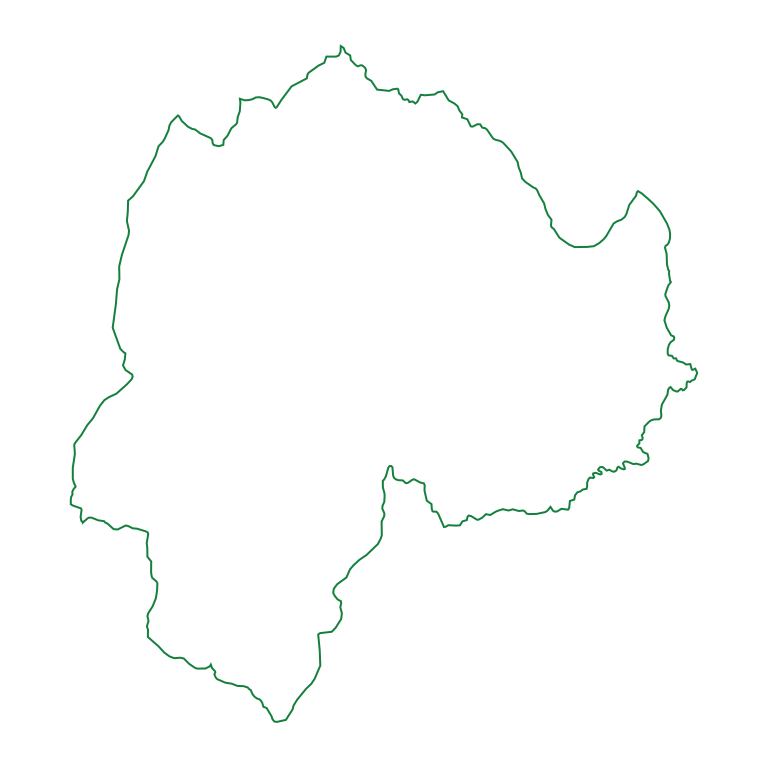 the district of Nocaima, Cundinamarca, Colombia
{"feature_id": "7082276B65094191435566", "entity_name": "Nocaima", "entity_type": "district", "adm_level": 2, "iso_a3": "COL", "parent_name": "Colombia", "parent_adm1": "Cundinamarca", "projection": "robinson", "projection_center": [-74.369, 5.063], "detail": "fine", "context": "isolated", "style": "outline", "palette": "green", "viewbox_px": 768, "rotation_deg": 0, "n_neighbors": 0, "source": "geoboundaries", "source_scale": "gbopen_adm2", "svg_char_len": 6052}
<svg xmlns="http://www.w3.org/2000/svg" viewBox="0 0 768 768"><path d="M648.0,461.0L648.6,458.3L647.5,453.9L643.2,452.1L640.6,447.9L637.8,447.4L637.1,446.3L637.4,445.3L639.3,443.6L639.4,440.3L641.7,440.0L642.5,439.0L642.6,437.4L641.8,435.3L644.2,432.1L644.5,426.4L649.2,421.6L651.6,420.1L654.2,419.4L659.0,419.3L660.7,418.0L661.4,416.0L660.9,410.5L661.9,404.5L667.4,394.8L668.1,389.7L669.4,387.7L670.6,387.1L673.1,390.1L676.8,391.6L677.8,391.4L680.9,388.8L681.8,389.1L682.7,390.3L684.0,390.1L686.5,387.4L686.7,383.1L687.2,381.8L688.0,381.4L690.1,382.0L691.7,380.6L694.7,379.3L697.2,372.9L695.3,368.7L692.6,369.9L691.8,369.6L690.3,364.1L686.1,364.5L683.1,362.5L677.8,361.1L676.8,360.3L676.2,358.4L673.7,358.4L671.9,355.8L668.6,355.4L667.7,353.7L667.7,349.3L668.9,344.9L670.6,342.2L673.8,339.9L674.3,338.1L673.8,336.5L671.1,335.3L666.7,327.6L664.4,320.2L665.6,315.8L668.7,308.9L669.3,305.6L668.7,302.3L665.5,296.1L665.3,294.2L668.1,285.8L670.9,282.0L670.1,280.8L669.0,274.0L669.2,271.0L668.3,270.0L667.0,264.5L666.6,253.7L665.0,247.7L665.6,245.8L667.5,244.6L669.0,242.1L670.0,238.3L670.1,233.8L669.4,229.6L666.9,223.4L659.9,211.2L653.3,203.7L648.1,198.9L641.7,193.4L638.0,191.1L636.9,192.3L636.0,195.8L629.3,204.9L626.4,214.0L624.8,216.9L621.7,219.5L616.7,221.5L613.6,223.5L606.2,236.2L603.5,239.4L599.2,243.1L593.9,246.2L587.4,246.9L574.7,247.1L568.9,244.5L559.4,237.7L553.9,229.0L551.6,227.3L551.0,225.6L551.5,219.7L547.9,214.9L545.4,208.8L544.1,203.3L539.4,195.4L537.2,190.3L535.7,188.5L532.9,187.2L525.5,182.0L522.0,178.4L520.9,172.9L518.7,167.4L517.6,162.0L511.2,151.5L503.2,142.8L500.4,141.0L495.5,139.8L493.2,138.6L486.9,129.5L485.1,128.2L482.2,127.6L480.2,124.4L477.4,124.2L472.7,126.6L470.8,126.4L467.3,119.2L462.0,117.5L462.3,114.3L459.4,110.5L457.6,106.2L454.4,103.5L448.7,100.4L443.1,91.2L437.7,92.3L434.6,94.5L424.8,95.3L420.8,94.8L417.4,101.7L415.4,103.5L412.6,101.4L409.4,102.1L408.6,100.3L407.4,99.3L404.9,99.8L403.0,99.2L401.5,95.8L399.0,93.3L398.2,89.3L397.5,88.7L392.8,89.3L389.2,90.9L377.1,89.6L371.3,80.9L367.0,78.4L365.7,76.9L365.3,74.9L366.1,69.9L365.0,67.7L362.2,65.4L360.6,65.3L357.8,66.3L355.8,65.2L350.8,60.0L350.2,55.5L345.5,52.6L343.7,48.0L340.8,46.1L340.5,52.0L338.8,55.5L336.1,56.6L326.4,56.6L324.3,62.8L318.7,65.5L308.7,72.7L307.5,74.4L306.8,78.4L291.6,86.3L281.4,99.9L276.6,107.4L275.7,107.8L274.6,107.0L272.3,102.4L270.7,100.6L268.2,99.4L262.3,97.8L259.2,97.2L255.7,97.5L252.4,99.2L248.7,100.1L244.6,100.3L239.9,98.8L240.4,102.8L239.8,111.2L237.7,117.2L237.1,122.5L236.2,124.2L231.4,128.2L227.4,135.9L223.7,140.0L223.3,144.9L218.6,146.2L213.7,145.0L212.7,143.3L212.3,140.0L210.9,138.2L200.2,133.4L195.1,129.5L192.1,128.9L188.1,126.8L181.8,121.0L179.0,116.2L177.9,115.5L171.3,122.1L169.5,125.4L168.5,130.3L164.6,138.8L162.6,142.0L158.5,146.3L155.5,156.1L147.3,171.6L144.0,181.1L132.9,196.4L128.1,200.6L127.8,211.6L126.9,221.0L129.0,230.7L128.6,234.9L121.9,254.9L119.2,266.4L119.4,279.4L117.1,289.1L115.9,304.0L112.7,327.7L120.3,348.8L123.7,352.3L125.4,353.3L124.8,359.5L123.0,365.3L125.5,370.0L132.1,374.5L132.7,376.6L131.5,379.4L126.8,384.4L116.5,393.6L108.7,397.3L104.3,400.2L100.0,405.7L92.8,418.5L87.3,425.1L81.4,434.9L75.3,442.7L74.2,444.8L74.9,453.8L72.8,467.6L72.8,478.6L73.7,482.3L75.6,486.6L73.4,489.4L72.3,491.8L72.5,494.6L71.2,496.8L70.8,499.6L70.8,504.3L73.2,505.7L81.0,508.4L81.6,510.0L80.6,516.8L81.3,520.8L82.2,521.8L83.3,521.5L83.2,522.3L87.4,518.5L88.7,517.7L91.4,517.6L98.2,520.3L104.1,521.2L105.3,522.6L107.4,523.5L113.6,529.1L117.6,529.5L125.7,525.5L128.1,526.0L132.7,528.3L137.1,528.7L145.9,531.4L147.8,532.5L148.2,534.4L146.7,543.1L147.3,547.8L147.4,556.7L151.2,561.5L151.1,572.4L151.7,576.5L152.3,577.9L156.4,581.4L157.4,583.2L157.1,590.3L155.9,598.2L152.7,606.2L148.4,613.0L147.4,616.0L148.5,621.0L146.9,626.4L148.0,629.7L147.9,637.0L158.5,646.3L164.2,652.5L169.3,656.3L174.2,658.2L180.1,657.7L183.8,658.5L189.2,663.9L195.2,668.0L197.2,668.6L205.5,668.5L209.9,666.3L210.8,664.6L212.0,668.0L215.1,671.3L215.3,672.3L214.4,674.3L215.7,677.5L217.3,679.2L225.4,682.7L231.7,683.7L237.7,686.0L243.3,686.1L247.6,687.4L249.5,689.4L250.8,690.1L252.4,693.9L254.5,696.7L257.0,698.5L259.6,699.4L261.0,700.7L262.3,703.0L263.4,706.8L266.6,708.0L271.5,716.2L272.5,719.2L274.3,721.5L276.9,721.9L285.9,719.9L292.7,709.2L293.5,705.7L297.0,699.9L306.0,688.9L311.3,683.8L314.6,678.9L320.3,665.6L319.7,650.1L318.2,634.5L320.1,633.1L331.7,631.8L335.7,627.7L341.1,619.1L341.9,613.5L340.3,607.2L341.2,603.2L340.9,601.2L337.6,599.4L334.8,596.0L333.2,592.9L333.8,588.8L337.1,584.3L346.4,577.5L350.1,569.2L353.3,565.5L359.3,559.9L366.5,555.0L375.3,546.5L377.9,544.0L380.7,538.6L381.8,535.4L381.6,521.5L384.2,516.2L384.4,513.5L382.3,508.5L382.5,505.9L384.3,501.8L384.6,496.2L384.5,493.4L382.9,487.6L382.8,480.8L384.0,479.7L385.9,476.3L388.3,467.7L389.5,466.1L391.1,466.0L392.4,467.2L393.2,475.9L394.2,478.0L395.9,479.4L398.5,480.2L402.8,480.4L405.3,482.8L406.4,483.2L408.1,482.7L412.6,479.6L414.3,479.3L420.2,482.5L423.9,483.4L424.7,485.3L424.5,490.6L426.8,500.7L431.5,504.1L431.8,509.1L432.5,511.2L433.5,511.7L436.4,511.7L438.1,513.5L444.0,527.0L445.9,526.7L448.3,525.2L456.2,525.6L460.0,525.3L462.4,521.4L466.8,520.1L467.6,516.6L468.6,515.6L471.1,516.1L476.8,519.6L478.2,519.8L482.2,517.7L485.9,514.2L490.2,515.0L496.4,511.3L502.7,509.2L508.6,510.5L512.8,509.3L518.8,511.0L523.2,510.5L524.6,511.2L526.7,513.6L528.7,514.1L536.6,513.9L545.2,512.1L547.3,510.8L550.5,506.9L553.0,510.7L555.0,511.7L557.2,511.4L561.5,508.8L568.0,509.7L569.2,508.0L569.9,501.0L574.3,499.5L575.0,495.3L577.4,492.3L580.1,491.5L582.9,489.5L586.6,488.8L587.1,486.6L587.2,482.4L588.6,478.9L590.0,477.6L593.3,478.0L594.2,477.2L592.9,474.2L593.4,473.3L595.7,472.8L600.2,474.5L601.6,473.9L601.4,472.1L598.7,470.6L598.1,469.5L599.9,467.3L601.6,466.9L603.2,467.4L606.6,470.6L609.2,469.7L612.5,471.5L614.3,471.7L616.4,470.4L617.5,467.4L618.4,466.7L621.2,468.5L623.5,469.3L624.7,469.1L624.8,467.8L623.0,463.5L623.5,462.5L625.0,461.5L627.2,461.6L633.1,464.0L636.4,463.7L641.4,465.0L643.6,464.2L648.0,461.0Z" fill="none" stroke="#15803d" stroke-width="2"/></svg>